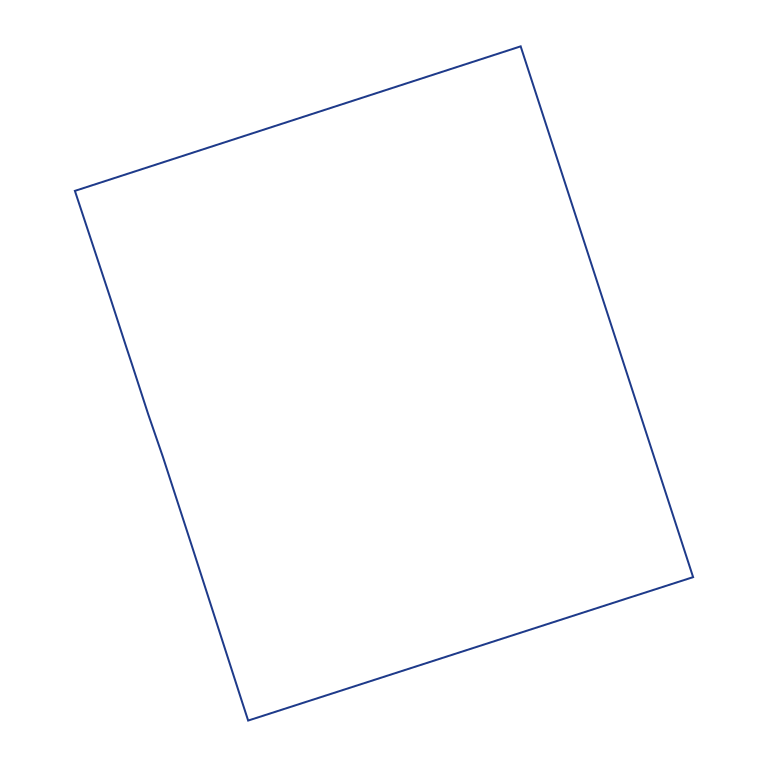 Mitchell, Iowa, United States of America, rotated 252°
{"feature_id": "52423323B1744972810142", "entity_name": "Mitchell", "entity_type": "district", "adm_level": 2, "iso_a3": "USA", "parent_name": "United States of America", "parent_adm1": "Iowa", "projection": "albers", "projection_center": [-92.779, 43.357], "detail": "fine", "context": "isolated", "style": "outline", "palette": "blue", "viewbox_px": 768, "rotation_deg": 252, "n_neighbors": 0, "source": "geoboundaries", "source_scale": "gbopen_adm2", "svg_char_len": 358}
<svg xmlns="http://www.w3.org/2000/svg" viewBox="0 0 768 768"><g transform="rotate(252 384 384)"><path d="M105.9,150.8L105.0,548.6L104.8,618.3L662.9,618.3L663.2,149.7L549.6,150.3L544.7,150.3L521.9,150.3L502.4,150.3L498.0,150.3L480.8,150.4L427.9,150.4L382.7,151.2L288.1,151.2L125.4,150.8L105.9,150.8Z" fill="none" stroke="#1e3a8a" stroke-width="2"/></g></svg>